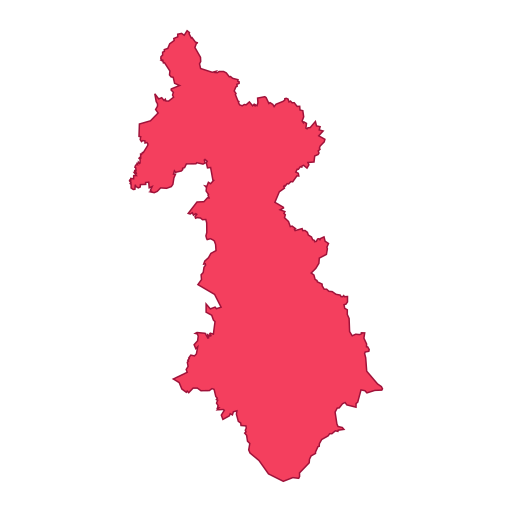 outline of Tecalitlán, Jalisco, Mexico
{"feature_id": "50627088B3552577196850", "entity_name": "Tecalitlán", "entity_type": "district", "adm_level": 2, "iso_a3": "MEX", "parent_name": "Mexico", "parent_adm1": "Jalisco", "projection": "robinson", "projection_center": [-103.217, 19.24], "detail": "fine", "context": "isolated", "style": "filled", "palette": "rose", "viewbox_px": 512, "rotation_deg": 0, "n_neighbors": 0, "source": "geoboundaries", "source_scale": "gbopen_adm2", "svg_char_len": 6058}
<svg xmlns="http://www.w3.org/2000/svg" viewBox="0 0 512 512"><path d="M302.8,110.7L300.0,110.0L299.7,106.3L297.1,106.4L294.2,102.7L292.1,102.8L290.5,101.1L289.0,101.9L288.0,99.0L286.2,98.3L284.8,98.7L284.8,100.0L283.2,101.3L276.0,104.2L274.1,106.6L272.8,104.4L270.0,102.6L268.9,103.5L266.1,97.6L264.8,96.7L257.6,98.1L257.9,102.8L257.0,105.7L254.6,104.4L254.8,105.7L253.4,104.9L252.6,105.8L249.4,101.9L246.1,104.8L244.3,104.5L242.2,105.8L239.7,104.9L238.5,102.9L238.9,101.5L238.0,101.1L235.4,94.6L236.0,93.5L234.2,91.0L235.8,87.0L237.2,86.2L236.8,84.3L239.1,83.4L239.1,81.8L237.7,81.2L238.0,79.7L232.6,78.3L230.5,76.5L229.3,76.8L226.3,72.9L223.6,71.5L219.1,71.5L217.2,72.7L215.0,72.5L216.0,71.3L212.3,72.3L200.6,68.5L199.5,63.8L200.7,61.5L200.5,57.3L194.9,47.5L196.5,43.1L197.9,42.9L195.4,42.1L192.0,37.6L191.3,38.0L189.1,33.8L189.5,32.6L187.1,30.7L184.2,35.3L181.6,33.4L177.7,34.2L177.8,36.8L173.8,38.5L174.2,40.5L169.7,43.8L167.8,48.4L164.3,49.6L164.4,51.4L162.6,52.2L162.6,55.1L161.0,56.6L160.8,58.4L161.5,59.6L160.9,60.1L162.3,60.9L162.6,59.5L163.4,62.9L164.5,62.7L169.9,71.0L169.5,74.9L171.1,76.9L173.2,77.3L174.6,83.3L179.6,85.5L171.3,88.9L171.1,90.0L173.4,92.4L172.5,95.0L173.6,97.2L168.6,101.1L165.9,101.0L165.3,99.2L164.1,100.5L161.7,97.7L158.7,98.9L154.8,93.8L156.2,101.6L157.5,103.8L157.5,106.2L155.6,109.5L158.1,113.0L150.5,120.8L139.4,124.0L139.0,136.4L140.7,136.7L140.2,139.6L141.5,141.6L142.7,140.6L144.9,140.9L145.0,143.0L146.9,142.5L147.9,143.9L147.7,145.5L143.3,152.6L142.4,152.5L141.5,154.4L140.6,154.1L140.7,157.9L139.5,157.5L139.0,158.4L140.1,159.2L140.1,162.9L139.5,163.5L138.5,162.3L138.5,163.1L137.2,163.2L137.5,164.6L136.6,164.2L135.3,165.9L134.9,167.3L135.7,167.7L136.0,170.3L134.7,170.5L134.5,171.8L135.8,171.8L136.3,173.3L134.4,172.9L136.4,175.6L133.7,175.6L133.6,178.8L130.8,178.4L130.7,180.7L129.9,180.0L129.5,180.8L131.0,182.9L130.2,183.6L131.1,184.4L131.1,188.0L133.3,189.5L134.9,189.3L135.3,184.7L135.9,186.5L138.3,187.9L140.2,187.0L140.4,184.6L145.7,184.4L145.6,182.5L148.7,182.2L149.2,187.8L152.2,186.5L150.4,190.3L151.3,191.2L150.2,191.8L154.2,192.7L157.2,191.4L160.6,187.9L166.6,188.3L171.3,186.6L172.9,184.3L173.9,177.9L175.5,174.2L173.5,174.1L174.4,170.8L175.6,172.3L181.3,171.0L182.7,169.6L182.6,168.3L184.6,167.6L186.4,163.9L195.9,163.8L196.8,162.7L203.0,164.1L205.1,163.0L204.3,160.0L205.0,159.4L207.2,161.3L206.3,162.9L207.5,167.9L210.6,167.5L212.9,180.2L213.6,180.4L210.6,183.7L208.4,182.3L206.8,186.4L205.1,186.0L206.5,187.6L206.1,191.0L208.5,194.4L208.0,195.1L209.0,197.9L207.5,197.8L203.9,201.7L197.0,202.0L188.2,213.4L190.2,214.0L192.3,212.7L193.5,215.2L195.7,213.6L196.8,214.3L195.0,216.7L195.6,218.2L197.1,217.6L200.5,218.0L202.5,219.7L205.8,219.5L206.7,222.9L206.8,232.5L205.9,235.9L206.7,238.8L207.2,239.6L210.4,238.7L212.7,239.8L214.3,240.9L215.6,244.5L216.0,250.6L210.9,253.4L208.5,257.7L204.8,261.0L203.7,264.1L205.3,263.8L205.6,265.0L204.0,267.3L203.2,272.5L201.1,274.8L201.5,279.6L197.9,284.6L214.6,294.4L221.1,307.2L216.4,308.7L215.1,307.1L210.3,308.9L206.1,304.0L206.1,312.2L211.7,315.2L213.4,320.0L215.0,321.6L213.4,334.1L210.3,333.2L209.7,333.9L210.9,335.7L209.9,336.1L207.8,334.8L208.6,337.8L207.9,338.1L205.1,333.3L197.0,332.5L195.3,333.4L197.4,334.0L198.2,336.1L197.6,340.8L194.1,344.7L195.8,348.7L197.7,346.8L196.4,353.9L194.5,355.9L190.8,355.1L188.8,357.9L189.2,358.4L187.8,360.3L188.4,361.1L187.3,362.3L188.1,366.4L186.2,369.5L187.2,372.3L173.3,379.0L179.2,382.6L181.8,389.0L186.3,392.3L187.2,391.1L188.7,392.7L193.1,388.1L197.4,388.1L200.9,390.7L209.3,390.6L212.0,388.6L214.1,389.4L215.8,396.5L217.3,398.2L216.4,399.6L217.7,400.2L216.5,403.1L218.1,405.6L217.6,407.4L218.8,407.7L217.4,408.6L218.0,409.0L217.3,409.8L223.2,409.5L224.3,410.3L221.3,415.1L222.9,419.4L229.4,415.8L230.2,413.7L232.4,414.9L233.4,411.8L236.9,410.8L236.4,414.2L238.3,421.3L240.7,423.0L241.0,425.5L245.9,425.9L246.3,428.1L245.3,430.2L246.0,431.9L244.7,433.1L246.6,435.3L247.5,441.2L249.8,443.5L248.7,449.9L250.0,453.0L259.0,460.5L268.5,473.9L283.3,481.3L292.8,477.6L298.7,478.3L299.6,476.4L299.5,472.9L309.2,462.8L309.5,459.2L311.1,455.9L315.5,453.4L315.5,452.1L317.9,446.7L319.2,446.3L319.4,443.6L321.7,439.5L328.2,435.8L329.6,433.7L331.9,433.7L335.4,430.8L337.9,431.4L338.2,430.2L343.9,429.4L342.3,427.5L338.0,426.5L336.9,424.0L335.1,412.1L337.2,408.1L339.2,407.9L342.5,403.7L345.1,402.5L346.8,404.9L356.0,407.2L356.1,403.5L357.7,402.2L361.0,389.9L364.9,390.7L366.9,392.9L374.8,390.4L381.8,390.1L382.5,388.8L381.4,386.6L377.5,383.9L366.7,371.2L365.7,357.8L364.6,353.5L365.2,352.0L368.8,351.3L369.2,349.6L367.7,346.9L366.5,346.8L366.6,344.0L363.9,338.2L364.7,332.9L361.5,332.8L361.7,333.6L359.7,334.6L355.7,334.2L352.2,335.8L349.6,331.6L349.1,318.5L347.3,314.5L347.3,309.8L344.7,308.3L344.0,304.7L345.9,304.2L347.5,301.9L347.5,296.5L344.5,296.7L343.7,295.6L342.7,296.7L341.0,296.6L340.2,295.1L336.0,294.3L332.2,291.6L328.9,291.3L326.6,289.2L324.2,289.2L322.2,285.9L322.1,284.1L317.3,281.8L317.0,280.5L315.1,279.4L313.9,275.0L311.2,273.0L315.8,268.4L318.9,263.3L319.3,258.1L326.4,254.4L327.4,248.7L326.9,247.2L328.5,243.5L325.1,241.2L324.0,236.9L320.5,238.5L319.9,239.7L318.9,238.7L317.6,239.0L316.3,241.4L314.6,241.7L314.4,240.4L312.6,239.7L311.5,237.0L308.3,235.0L307.4,232.3L305.0,230.5L302.7,230.6L302.1,228.6L295.1,230.6L294.5,229.4L295.5,228.6L292.1,226.1L290.3,226.6L288.5,221.5L284.5,217.7L285.3,214.7L283.9,213.4L284.9,211.6L280.1,209.8L283.5,208.0L283.4,207.3L274.9,202.3L279.3,191.8L284.4,188.2L283.7,186.5L284.3,185.6L285.1,186.2L287.2,183.6L288.6,183.9L290.8,181.6L292.7,181.8L296.9,175.9L298.8,176.0L298.3,173.3L295.8,172.1L297.2,169.2L298.4,169.3L300.3,166.7L301.8,167.1L302.0,166.0L303.6,165.3L307.0,168.1L308.9,164.8L307.9,162.5L314.0,162.0L314.7,156.0L318.1,154.5L319.0,153.0L318.2,150.9L320.0,149.3L319.4,148.1L320.1,146.1L324.2,141.9L324.9,139.3L318.7,135.8L323.1,131.0L319.2,129.9L320.1,126.7L316.5,125.9L315.4,121.5L310.2,127.6L307.9,127.8L307.1,128.8L305.9,128.1L306.5,123.4L303.9,121.9L303.4,122.8L302.1,121.0L303.7,116.8L302.8,110.7Z" fill="#f43f5e" stroke="#9f1239" stroke-width="1.5"/></svg>